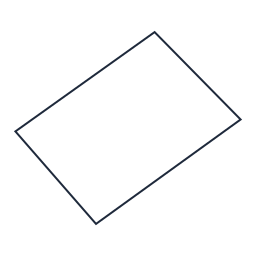 Timisoara, Timis, Romania
{"feature_id": "2599482B91737143557292", "entity_name": "Timisoara", "entity_type": "district", "adm_level": 2, "iso_a3": "ROU", "parent_name": "Romania", "parent_adm1": "Timis", "projection": "natural_earth1", "projection_center": [21.325, 45.796], "detail": "fine", "context": "isolated", "style": "outline", "palette": "slate", "viewbox_px": 256, "rotation_deg": 0, "n_neighbors": 0, "source": "geoboundaries", "source_scale": "gbopen_adm2", "svg_char_len": 184}
<svg xmlns="http://www.w3.org/2000/svg" viewBox="0 0 256 256"><path d="M240.6,119.5L154.6,32.1L15.4,131.4L96.0,223.9L240.6,119.5Z" fill="none" stroke="#1e293b" stroke-width="2"/></svg>